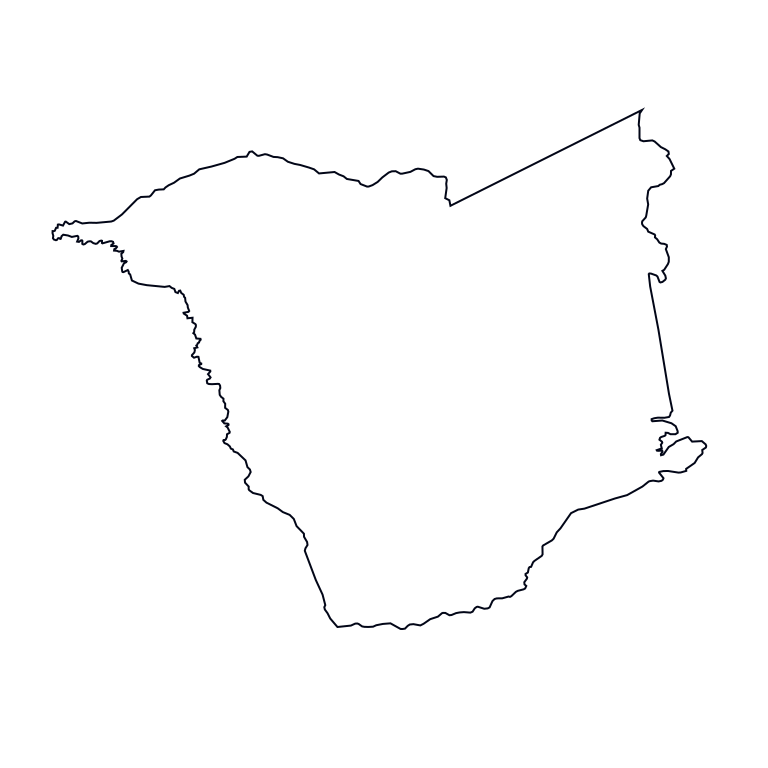 Loc Ninh, Bình Phước, Vietnam, rotated 84°
{"feature_id": "81297802B87348344277653", "entity_name": "Loc Ninh", "entity_type": "district", "adm_level": 2, "iso_a3": "VNM", "parent_name": "Vietnam", "parent_adm1": "Bình Phước", "projection": "equal_earth", "projection_center": [106.558, 11.824], "detail": "fine", "context": "isolated", "style": "outline", "palette": "ink", "viewbox_px": 768, "rotation_deg": 84, "n_neighbors": 0, "source": "geoboundaries", "source_scale": "gbopen_adm2", "svg_char_len": 6093}
<svg xmlns="http://www.w3.org/2000/svg" viewBox="0 0 768 768"><g transform="rotate(84 384 384)"><path d="M423.0,549.4L423.8,549.8L426.1,548.8L427.6,546.0L430.0,543.8L432.2,543.1L433.3,541.1L435.4,540.5L437.2,536.8L445.5,529.7L452.4,528.5L455.0,526.3L457.6,525.8L461.7,528.5L464.7,532.5L467.6,532.5L471.8,529.3L474.5,529.6L475.6,529.1L478.7,525.7L481.4,518.2L482.8,516.4L486.6,516.1L489.7,513.3L496.5,502.7L500.8,498.0L504.3,491.5L508.8,487.8L516.2,485.8L524.5,479.3L527.6,479.5L533.1,477.0L536.1,476.9L539.2,479.3L541.6,480.2L571.8,472.3L587.1,467.1L597.8,465.5L599.7,466.7L602.1,466.4L606.1,464.1L611.6,462.0L620.8,455.7L620.8,442.2L619.3,437.7L619.4,435.6L620.0,434.3L622.8,431.1L623.5,428.7L624.0,424.7L624.2,420.2L623.1,416.9L622.5,410.2L622.7,402.6L629.3,393.2L629.6,391.4L629.5,388.7L627.0,385.7L625.9,383.5L625.9,379.9L627.9,373.1L626.6,369.7L622.7,362.6L621.0,354.7L618.0,350.3L617.8,349.3L618.1,346.9L620.8,343.1L620.8,341.0L619.4,336.3L619.1,332.8L619.2,328.4L620.4,322.0L619.7,319.7L616.6,317.2L615.4,315.2L615.3,314.0L618.0,307.8L618.0,304.3L617.2,302.3L611.2,298.8L609.4,296.5L609.0,294.2L609.5,288.8L608.4,282.3L608.9,281.0L608.3,279.5L604.5,274.6L603.7,272.6L602.8,266.6L602.1,265.0L599.7,263.6L598.0,265.2L595.8,265.2L592.5,262.2L591.3,261.8L589.1,263.2L587.7,263.1L586.5,260.6L582.3,259.3L581.3,258.4L581.2,256.8L576.9,254.4L575.6,252.8L571.4,245.1L570.0,244.1L562.1,243.4L561.2,242.6L557.1,233.4L555.6,231.5L549.6,227.7L545.9,223.5L532.0,211.5L529.2,204.0L528.9,197.7L522.0,166.3L519.9,153.8L513.0,137.7L508.7,131.0L508.4,129.8L508.2,126.5L509.6,121.1L509.3,118.1L508.3,116.6L506.9,115.9L500.9,119.7L500.2,119.4L499.8,115.3L500.2,110.6L502.9,100.4L503.0,98.2L502.0,92.5L500.0,92.4L495.0,83.3L489.8,79.3L487.0,75.1L485.9,74.4L482.9,74.4L480.8,70.5L479.3,70.0L477.7,70.4L474.0,73.9L473.5,83.6L468.8,86.8L468.5,87.9L471.7,99.4L474.1,102.3L476.4,107.4L483.4,113.5L483.8,115.9L482.7,116.0L480.5,114.1L479.3,114.3L479.1,118.3L478.8,119.5L478.3,119.7L477.1,114.5L473.4,115.0L471.5,113.4L470.4,113.6L468.2,115.9L466.4,115.1L465.7,113.9L464.9,110.2L464.3,109.4L461.9,109.0L462.3,106.7L463.9,104.3L464.4,99.4L463.2,97.0L461.6,96.9L456.5,98.3L453.1,102.2L449.4,111.0L449.1,121.0L448.3,121.6L446.9,121.5L446.3,118.8L446.1,115.2L446.9,108.7L446.6,104.0L445.2,102.8L442.5,101.8L440.7,99.9L423.6,101.6L358.7,105.4L314.8,109.1L302.4,109.2L301.8,108.6L302.1,106.9L304.5,101.9L305.7,100.8L311.3,99.3L311.9,98.5L311.6,96.4L309.7,93.4L308.4,92.6L305.6,92.9L300.6,95.3L299.7,93.4L294.4,89.1L292.2,88.0L287.7,87.5L279.3,89.6L276.9,88.2L275.2,88.3L273.9,90.7L273.3,93.7L272.1,95.4L268.6,97.2L266.5,99.2L264.5,98.8L263.6,99.2L260.1,105.3L257.3,106.1L254.1,109.5L252.2,110.5L250.8,110.6L249.2,110.2L245.7,106.3L244.0,105.6L233.0,102.5L227.1,102.9L219.4,101.0L216.3,97.8L215.8,90.5L214.7,89.0L214.3,86.5L213.5,84.5L207.3,77.7L205.5,76.7L202.1,76.3L200.2,72.8L190.1,76.5L186.8,78.9L185.0,76.7L182.5,76.8L180.0,79.7L177.3,83.9L171.1,89.5L169.8,91.7L169.7,100.6L168.3,103.6L166.2,104.2L155.8,103.1L152.9,103.6L141.6,101.4L138.4,98.7L213.7,299.3L208.1,299.8L205.6,303.7L195.6,301.2L191.3,301.2L187.6,300.2L185.0,300.9L184.0,302.7L183.5,309.5L182.4,313.0L176.9,317.5L174.9,321.9L173.4,327.7L173.7,330.4L175.8,335.6L176.7,343.8L176.5,345.8L173.6,350.1L173.3,354.0L174.2,357.2L178.4,364.1L182.4,369.2L185.0,374.6L186.0,378.5L185.9,380.2L182.7,386.4L179.4,388.1L176.2,399.5L173.2,402.5L171.0,406.8L168.0,411.0L167.8,426.6L163.2,431.1L160.9,436.0L157.4,444.5L155.7,450.1L152.9,456.4L149.0,460.8L147.3,466.0L146.6,470.2L143.6,476.2L143.0,478.4L144.0,484.6L143.7,486.1L138.9,490.8L139.1,493.5L143.5,496.8L142.9,506.1L144.4,509.1L147.4,519.4L149.7,532.8L151.2,545.3L155.0,550.9L156.4,555.7L158.3,565.5L161.9,571.8L163.8,577.3L165.7,580.8L167.4,582.7L167.1,587.7L167.4,591.5L172.1,596.1L173.1,597.7L172.6,606.2L174.4,610.2L188.0,626.9L193.3,635.7L193.9,638.3L193.7,653.0L192.8,660.1L192.8,667.3L189.7,673.3L189.9,674.7L191.7,677.0L192.1,680.3L189.2,683.5L189.3,684.2L192.9,686.7L191.3,690.6L191.4,691.7L194.5,692.3L194.4,693.8L197.2,695.4L197.5,696.7L197.3,697.6L199.2,697.9L202.1,697.4L204.4,698.0L205.8,697.2L206.7,695.3L206.6,694.4L205.0,692.9L204.9,692.0L205.9,690.8L205.8,690.3L203.3,689.2L202.0,687.4L203.3,682.7L205.1,679.1L204.6,673.5L205.3,672.7L207.3,672.7L210.3,674.3L210.8,672.5L209.5,670.4L209.5,669.4L210.1,669.0L213.1,669.4L213.8,668.5L213.6,667.0L211.5,663.9L211.3,662.2L211.5,660.6L213.5,658.4L214.5,656.0L214.2,654.5L212.1,652.0L211.8,650.2L212.1,649.5L214.3,649.8L214.7,649.3L213.4,641.9L213.6,639.9L214.3,638.6L216.0,638.3L217.3,640.7L218.3,640.9L218.8,636.5L219.1,635.6L219.8,635.2L221.0,636.4L221.7,638.1L223.1,638.5L223.6,635.8L224.7,633.7L224.4,629.2L225.6,629.6L227.0,631.6L229.7,631.7L231.9,631.1L234.1,632.3L234.6,632.1L234.6,627.9L235.2,627.2L235.9,627.7L236.8,630.0L241.0,632.7L244.4,632.6L245.3,632.3L245.5,631.4L243.9,626.9L245.5,626.2L247.4,626.2L248.5,625.0L254.7,623.9L258.5,617.7L260.9,609.6L264.5,592.0L264.2,587.1L266.2,585.1L267.5,582.6L270.8,581.8L272.0,579.5L269.9,578.1L269.8,576.9L272.3,576.1L274.3,573.9L276.4,573.7L277.5,572.8L281.3,572.8L285.0,571.1L287.4,571.1L291.0,570.1L291.8,570.9L292.2,575.9L293.0,575.8L295.5,572.7L298.1,572.6L298.1,567.5L302.5,568.1L304.7,565.3L305.7,564.9L307.5,565.2L310.1,567.0L312.6,567.4L313.5,568.3L315.1,566.8L319.1,565.9L319.9,561.8L320.8,561.7L322.2,563.2L323.4,563.6L324.0,565.0L325.7,565.8L326.1,566.6L328.1,565.8L328.6,569.0L330.4,568.5L332.8,569.3L335.2,572.0L336.1,572.1L338.0,570.2L337.3,567.2L337.6,565.7L343.6,565.1L344.5,563.6L345.1,563.7L345.9,566.1L346.8,566.3L347.9,565.5L350.1,562.6L352.5,555.4L353.4,555.4L355.8,558.0L359.3,555.8L360.4,556.7L361.3,559.4L362.1,559.9L364.8,559.7L365.7,558.2L366.2,555.1L366.5,549.0L366.8,548.0L368.4,547.2L370.9,547.2L373.0,548.4L377.6,548.5L379.7,547.4L381.8,545.2L384.4,545.5L387.0,544.0L391.1,544.5L393.5,542.0L395.2,541.7L400.6,543.3L403.7,546.2L403.4,548.2L403.8,548.8L406.5,546.9L407.1,543.5L407.8,542.8L408.6,543.0L409.6,545.4L410.9,544.1L415.5,542.4L416.4,542.7L417.6,545.4L420.2,545.8L422.5,547.1L423.0,547.7L423.0,549.4Z" fill="none" stroke="#020617" stroke-width="2"/></g></svg>